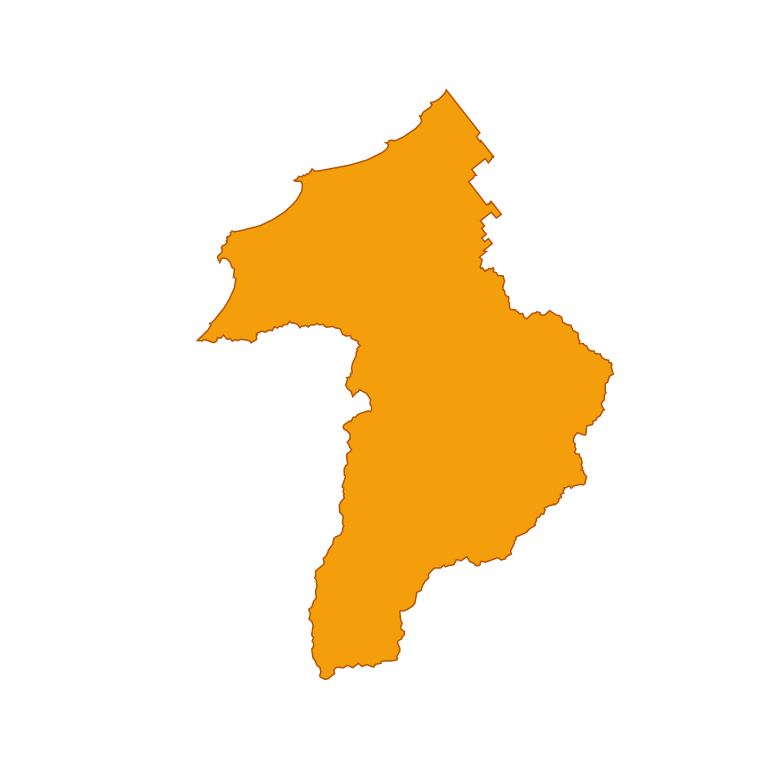 outline of Kempsey, New South Wales, Australia, rotated 222°
{"feature_id": "25037944B28322742618410", "entity_name": "Kempsey", "entity_type": "district", "adm_level": 2, "iso_a3": "AUS", "parent_name": "Australia", "parent_adm1": "New South Wales", "projection": "natural_earth1", "projection_center": [152.697, -30.906], "detail": "fine", "context": "isolated", "style": "filled", "palette": "amber", "viewbox_px": 768, "rotation_deg": 222, "n_neighbors": 0, "source": "geoboundaries", "source_scale": "gbopen_adm2", "svg_char_len": 6171}
<svg xmlns="http://www.w3.org/2000/svg" viewBox="0 0 768 768"><g transform="rotate(222 384 384)"><path d="M181.5,400.4L180.4,401.8L180.1,403.9L177.6,407.0L177.7,408.5L176.1,408.7L175.6,412.0L175.9,414.1L177.2,415.4L176.4,418.8L178.9,419.9L177.5,423.4L179.4,424.3L179.6,426.7L180.7,427.4L179.2,428.9L177.9,432.5L175.2,431.7L174.6,435.5L170.8,440.8L168.5,442.3L168.0,444.2L171.5,450.8L176.1,451.4L177.4,452.9L179.9,452.1L180.0,454.5L183.4,455.8L183.7,457.5L187.5,460.7L189.8,460.8L191.9,462.6L194.0,460.8L196.7,460.7L197.8,464.1L200.3,465.0L201.8,467.5L204.2,467.5L206.7,470.4L207.5,472.8L207.7,477.2L200.4,480.4L200.2,481.5L205.3,488.5L201.9,493.4L203.6,496.2L202.2,499.2L203.2,501.8L202.1,504.7L203.5,510.6L203.1,512.3L207.3,513.3L209.3,514.9L210.0,517.7L209.6,519.3L212.7,523.0L213.4,526.3L215.1,527.1L219.9,532.4L219.1,535.0L221.6,540.6L220.2,544.8L226.5,548.6L227.4,550.8L229.5,551.8L231.0,550.5L233.2,551.9L235.6,550.3L239.9,549.5L243.4,551.0L246.5,548.5L248.0,548.1L249.8,549.1L253.3,546.5L255.7,546.5L258.9,547.9L261.1,546.9L262.8,547.4L265.9,544.8L267.6,547.2L269.4,547.3L273.8,551.6L279.4,550.3L284.4,552.7L287.7,550.7L292.5,549.5L296.5,552.4L299.5,552.1L302.4,550.4L310.0,549.4L310.8,542.4L314.3,540.1L315.8,541.5L318.7,539.9L319.0,538.1L321.0,535.8L321.6,527.9L324.4,527.2L328.2,529.2L330.0,527.0L336.0,527.0L339.7,524.2L341.7,524.6L344.9,528.1L346.7,528.5L349.4,532.1L352.3,531.3L354.8,531.9L356.8,534.0L358.7,533.7L361.5,537.1L363.0,540.9L367.9,544.0L372.1,540.6L374.9,541.9L378.0,540.5L379.3,542.9L380.6,543.4L381.7,540.9L383.3,540.4L383.1,537.9L384.1,537.5L384.4,535.2L388.6,536.2L389.3,534.6L390.8,535.5L394.1,542.0L398.0,542.1L396.5,551.0L399.3,549.7L397.5,560.8L403.7,561.9L404.5,557.1L409.1,558.0L408.1,563.7L415.6,565.0L415.0,568.7L421.5,569.8L419.4,583.3L411.6,582.5L410.3,588.6L426.7,591.4L426.9,589.9L426.0,589.8L426.3,587.4L427.3,587.6L427.5,585.7L456.5,591.0L455.5,596.6L456.2,599.1L455.0,600.8L462.4,602.2L459.6,619.2L454.4,618.2L454.6,622.9L455.6,625.2L454.4,625.5L454.7,626.3L474.4,629.6L474.9,629.7L474.4,628.4L480.7,629.6L480.8,634.8L534.5,644.2L533.3,640.6L533.8,632.1L535.3,627.5L537.7,624.5L537.0,623.6L535.4,623.8L534.6,621.1L536.7,612.5L535.7,607.8L536.9,607.0L532.1,605.0L531.2,601.1L531.5,594.4L535.0,580.3L538.9,571.4L541.0,570.8L543.0,568.3L542.8,565.4L543.9,564.6L540.8,564.9L539.7,562.9L539.3,560.0L540.2,554.9L546.5,539.1L555.7,524.0L574.5,499.4L578.1,495.6L580.7,496.0L581.5,495.2L580.4,493.3L581.2,492.7L580.3,489.8L582.0,488.7L581.9,486.2L583.7,485.3L583.8,483.0L586.3,481.2L585.8,477.5L587.1,475.2L586.1,475.1L580.8,479.2L577.8,477.3L574.3,472.6L572.0,462.3L572.0,455.0L573.2,444.2L577.1,430.5L582.4,418.0L594.3,400.3L597.1,397.0L599.3,395.9L599.2,394.0L600.0,394.3L597.7,392.1L598.0,389.0L598.9,389.0L598.9,387.6L596.7,386.3L597.1,384.8L595.2,384.1L595.5,380.3L596.6,378.9L596.0,376.2L594.6,376.0L592.6,373.5L593.1,367.8L592.3,366.5L587.2,364.4L588.7,368.7L587.0,370.7L584.0,371.9L579.5,371.5L575.5,369.1L571.9,369.2L567.5,362.7L564.4,363.2L559.5,355.3L555.6,343.3L553.8,333.7L552.8,317.8L553.2,313.9L554.1,312.3L551.9,311.8L550.9,306.5L551.8,291.4L547.8,294.5L547.6,296.3L546.2,297.5L538.6,300.4L537.3,302.6L537.3,304.7L538.9,307.2L536.7,308.1L535.8,309.5L536.2,313.0L531.4,312.2L530.2,312.4L528.5,314.9L525.3,314.3L524.4,317.3L521.5,318.5L520.5,321.3L514.9,325.1L512.2,326.1L510.4,325.6L508.5,331.9L511.2,334.5L511.0,335.9L512.5,336.1L512.0,338.0L511.0,338.6L511.2,339.5L509.9,341.7L507.1,342.8L505.3,347.5L502.7,348.7L503.7,353.1L500.7,354.2L500.4,356.8L498.0,358.4L498.3,360.0L497.2,362.2L495.7,363.4L496.0,367.7L494.0,367.3L490.5,369.8L487.8,370.5L484.2,369.5L483.9,371.5L481.4,375.1L478.3,375.8L478.4,377.7L477.3,379.7L475.2,381.2L474.5,384.2L471.7,384.6L468.7,387.8L466.7,387.1L464.5,387.9L460.6,392.5L457.5,393.2L453.7,395.7L447.8,393.2L444.1,394.4L441.3,397.6L438.6,396.0L431.9,398.3L430.6,396.8L427.4,396.4L427.9,393.8L427.3,391.5L425.7,390.7L425.9,389.1L423.5,386.3L421.3,378.6L418.7,374.0L415.1,371.0L415.9,369.7L413.8,366.5L415.9,363.9L414.5,363.4L411.7,357.6L407.7,356.0L403.7,356.5L398.7,353.7L398.8,359.3L398.0,360.8L398.6,363.4L390.4,365.3L383.8,363.6L380.6,359.3L378.5,359.2L375.9,356.4L375.7,354.5L377.7,353.6L381.2,347.6L383.1,343.6L382.9,340.5L384.6,338.7L383.5,334.2L384.7,333.5L386.4,327.1L385.6,324.7L383.2,323.6L381.3,324.4L376.1,324.1L372.6,320.7L372.3,316.0L369.6,315.6L367.1,313.9L364.4,313.8L363.8,311.8L364.8,307.6L363.5,305.2L357.4,300.2L357.7,297.3L356.6,294.0L352.7,289.9L350.7,289.5L346.3,279.5L344.4,279.8L342.1,276.4L340.2,275.8L339.5,274.0L337.3,272.9L337.2,267.6L336.1,264.0L331.2,259.1L325.9,258.5L321.7,252.7L318.7,251.4L318.3,249.3L316.3,246.7L315.5,242.8L317.7,237.5L317.9,235.3L314.9,230.8L314.2,224.0L312.1,218.2L312.3,213.6L308.8,211.1L308.2,209.4L309.7,199.2L306.4,195.6L305.8,193.7L303.4,193.1L298.4,188.7L296.2,184.1L291.2,179.8L290.9,175.4L288.4,169.8L289.2,166.2L284.9,163.9L282.4,159.1L278.3,159.0L275.1,157.1L269.8,149.1L266.7,148.3L265.3,144.8L262.9,144.3L260.9,142.1L260.3,138.7L253.8,133.1L249.6,132.2L245.9,130.2L242.0,130.4L238.4,127.9L236.4,124.0L234.6,123.8L230.2,125.0L228.3,127.7L227.0,135.8L229.8,137.7L230.0,140.4L229.1,142.4L224.1,146.1L223.1,150.3L217.3,152.4L216.0,159.3L211.3,159.4L209.0,164.0L202.4,166.5L202.7,170.0L199.4,174.5L200.0,176.1L199.3,177.6L192.9,183.5L189.8,187.8L190.5,189.3L192.0,189.6L193.6,196.3L195.7,198.3L201.2,200.9L201.5,203.1L200.3,206.6L201.1,208.0L201.3,211.3L203.0,213.7L207.4,213.3L209.4,215.0L210.2,218.3L213.1,219.2L220.1,225.5L220.0,226.6L217.5,228.5L215.6,232.6L214.2,238.1L214.4,241.8L220.2,251.1L218.3,255.3L220.2,259.2L221.4,264.4L221.0,269.8L223.6,272.3L223.6,277.6L223.3,281.1L218.8,285.2L218.2,289.5L216.1,289.2L214.1,292.9L211.1,296.4L212.7,302.1L208.5,304.1L206.8,311.0L201.3,309.4L196.6,311.0L194.8,310.3L192.7,311.5L191.7,314.0L193.1,316.4L192.8,317.8L189.4,319.4L183.7,330.2L182.7,331.1L179.2,331.5L176.8,335.4L177.7,337.0L175.6,342.9L178.2,344.6L180.7,353.1L181.9,354.1L181.8,356.5L183.5,358.8L178.8,369.1L179.0,373.0L177.1,380.4L178.3,380.7L179.2,384.2L180.5,386.1L180.5,388.0L179.4,389.3L180.3,392.6L178.2,394.1L180.1,398.4L181.4,398.6L181.5,400.4Z" fill="#f59e0b" stroke="#b45309" stroke-width="1.5"/></g></svg>